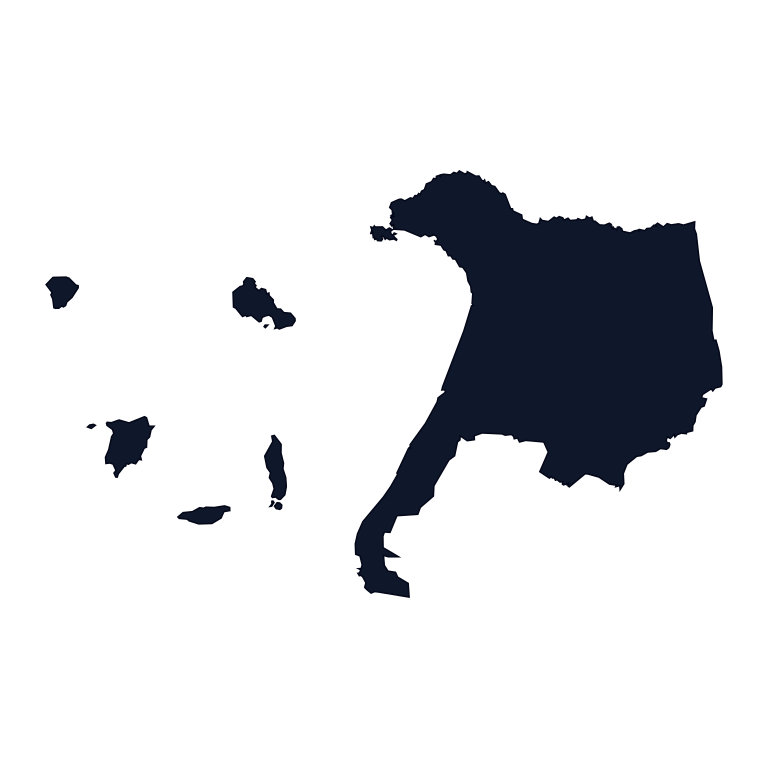 outline of Cagayan, Cagayan, Philippines, rotated 270°
{"feature_id": "2640588B33083527354868", "entity_name": "Cagayan", "entity_type": "district", "adm_level": 2, "iso_a3": "PHL", "parent_name": "Philippines", "parent_adm1": "Cagayan", "projection": "mercator", "projection_center": [121.776, 18.537], "detail": "fine", "context": "isolated", "style": "filled", "palette": "ink", "viewbox_px": 768, "rotation_deg": 270, "n_neighbors": 0, "source": "geoboundaries", "source_scale": "gbopen_adm2", "svg_char_len": 6145}
<svg xmlns="http://www.w3.org/2000/svg" viewBox="0 0 768 768"><g transform="rotate(270 384 384)"><path d="M316.7,655.8L319.5,660.4L318.7,666.5L320.3,668.7L323.4,669.8L325.1,669.2L325.1,667.1L327.9,666.2L331.1,667.4L329.6,670.2L333.6,674.3L330.9,674.9L333.3,677.2L334.8,681.2L334.3,686.4L335.7,686.6L337.2,692.6L342.6,692.8L346.2,695.0L352.7,695.9L360.9,701.1L361.9,704.1L369.0,706.5L370.1,701.5L373.5,702.5L379.2,711.3L377.1,712.8L380.0,715.1L381.4,720.7L383.7,721.9L401.2,721.5L417.1,718.9L427.9,715.9L427.4,713.8L437.2,711.9L460.3,712.3L507.0,699.3L533.9,696.3L539.2,694.4L546.2,694.7L542.9,683.5L544.2,678.6L543.1,671.2L544.4,667.2L541.0,663.4L544.8,657.6L543.3,655.7L541.8,656.1L542.9,654.0L539.8,650.6L539.5,646.8L537.3,644.8L538.6,639.2L537.9,637.9L537.1,638.9L537.0,638.7L537.8,637.6L537.1,634.3L535.0,630.2L536.7,622.5L539.2,621.8L541.1,619.3L540.9,617.4L538.2,616.5L539.7,614.7L539.0,613.3L540.6,613.2L539.7,612.1L541.9,611.9L542.1,610.6L543.6,611.3L544.8,609.3L542.8,604.5L543.1,599.6L546.8,595.1L546.7,593.3L550.9,591.9L549.9,589.5L551.7,586.5L548.9,585.7L547.9,581.6L549.4,577.9L548.1,576.8L547.5,570.2L549.8,568.0L547.9,564.0L550.2,562.7L551.4,559.2L549.7,556.6L550.9,554.1L546.5,548.5L547.5,542.2L549.5,540.3L544.5,538.9L543.7,536.6L544.5,531.7L548.6,522.3L553.0,521.7L557.0,513.0L559.2,512.5L559.3,510.6L573.6,505.1L575.0,502.8L574.2,501.8L575.0,499.4L581.5,494.8L582.3,491.5L586.3,488.5L585.0,485.5L588.0,484.6L587.0,483.8L587.6,481.8L592.0,479.0L591.8,475.7L596.3,467.3L594.8,467.0L594.1,464.6L597.1,459.3L594.6,457.1L595.6,453.8L593.1,450.5L593.8,443.7L593.1,440.3L591.9,440.4L592.7,439.7L591.7,436.4L589.1,436.2L589.6,433.6L586.2,431.6L584.1,426.4L578.3,424.4L576.8,421.5L573.5,420.2L574.5,418.7L572.2,417.1L572.5,415.6L572.2,414.7L569.6,413.2L570.1,410.3L567.1,404.8L568.9,401.3L568.6,398.9L565.3,391.5L560.5,389.7L558.1,392.2L554.8,392.5L554.3,393.9L552.8,393.2L553.4,392.9L552.7,391.4L551.6,393.7L550.8,391.9L551.8,391.3L550.6,390.6L548.0,392.5L544.3,390.1L541.8,392.0L543.1,392.4L543.4,393.7L538.8,393.7L538.1,404.5L531.3,420.8L533.7,425.1L531.4,429.0L532.8,433.1L532.5,431.7L533.4,432.5L533.5,434.0L533.1,433.1L532.5,435.6L529.1,438.0L526.2,436.2L527.7,434.0L525.8,435.6L523.7,435.4L522.9,441.0L518.3,443.8L517.3,446.2L512.3,448.3L512.3,450.8L509.0,452.9L508.9,455.4L501.3,459.7L500.8,462.7L495.1,466.7L487.1,468.0L481.6,470.8L476.1,471.3L474.7,472.8L464.5,472.1L462.7,473.4L462.1,471.5L437.2,463.9L381.5,442.7L378.0,441.8L378.3,444.7L375.8,445.5L370.2,438.1L366.0,437.2L344.6,425.5L323.3,410.1L320.2,410.4L320.9,409.8L319.7,408.5L294.3,396.6L295.7,397.6L293.1,397.4L281.3,390.6L270.9,383.4L246.4,362.9L234.1,357.5L224.1,355.3L213.7,355.7L212.1,360.0L203.1,362.2L199.5,361.2L199.3,358.6L198.2,360.8L195.1,359.5L194.7,357.9L192.3,359.3L192.7,360.8L191.3,362.6L185.3,365.9L180.6,364.7L178.6,366.6L174.9,371.1L176.4,374.6L176.0,378.4L170.9,409.1L184.6,408.2L190.9,397.6L195.7,395.5L196.9,387.9L202.7,384.3L212.6,383.5L211.2,388.3L211.2,398.6L220.3,383.1L231.9,382.9L236.0,384.4L235.6,390.0L252.3,396.9L253.7,417.8L260.6,420.3L271.9,433.4L282.2,433.9L308.0,448.9L312.2,454.6L326.2,457.5L328.0,459.9L332.1,460.2L327.3,467.2L328.3,474.4L332.2,474.2L335.0,482.2L334.1,502.0L332.8,505.1L333.5,511.4L331.6,513.7L329.2,514.2L330.0,517.6L326.0,519.5L327.6,525.8L326.0,543.8L315.9,548.3L296.3,539.8L289.9,549.4L291.6,551.7L290.0,552.4L290.1,554.4L287.8,555.4L288.3,557.2L286.0,559.9L286.2,562.7L283.9,562.4L283.1,563.5L284.6,567.9L283.5,567.3L283.9,568.5L282.2,567.9L281.1,569.3L294.2,585.1L294.0,588.0L290.9,599.0L283.9,609.5L282.8,616.3L281.3,615.7L282.4,619.8L278.3,620.1L284.2,623.8L294.5,623.3L303.7,626.9L311.7,636.7L312.4,641.2L316.0,647.6L316.7,655.8ZM351.3,144.5L345.1,129.1L348.0,119.0L345.3,111.4L345.7,107.2L344.7,106.5L342.6,107.0L338.6,112.5L334.5,113.8L331.4,111.7L318.1,108.7L310.8,105.5L304.5,105.9L305.0,109.9L303.9,113.1L297.5,116.0L295.0,114.0L291.0,115.7L290.8,117.2L294.2,118.3L301.6,124.1L302.0,125.7L304.4,126.3L303.8,128.5L305.4,131.2L304.2,135.6L308.6,138.7L308.2,141.3L312.0,140.4L319.9,144.2L320.8,146.5L328.4,146.8L331.0,149.5L338.0,151.0L341.8,154.1L341.8,149.0L350.3,146.5L351.3,144.5ZM475.8,233.0L460.9,233.5L459.9,235.7L451.5,242.5L452.8,245.6L451.5,246.8L452.7,251.3L446.2,259.1L446.8,261.1L450.6,262.1L452.2,265.8L452.9,268.9L450.8,272.4L441.9,275.9L439.5,274.8L440.2,277.3L439.0,279.3L441.8,286.7L442.4,292.0L447.1,295.1L449.5,295.0L454.8,290.5L455.4,283.8L458.9,280.6L459.0,276.9L465.3,273.2L468.1,273.3L472.3,269.2L475.0,268.9L474.1,266.8L478.4,265.5L479.5,261.4L477.3,259.0L480.6,255.0L482.5,256.0L484.5,254.1L486.3,255.1L489.3,252.7L490.3,246.8L486.3,243.6L483.9,244.0L481.9,242.7L481.5,240.2L475.8,233.0ZM311.9,264.7L300.4,267.0L295.4,270.5L290.3,269.4L285.0,272.8L279.2,274.2L271.7,271.6L270.5,272.4L271.0,275.7L268.6,278.6L268.7,280.5L273.2,284.8L281.3,286.3L290.5,285.7L299.1,282.9L304.8,283.5L315.0,281.0L323.7,281.1L332.6,274.3L331.9,271.8L326.5,272.8L311.9,264.7ZM483.4,46.1L475.4,52.1L473.2,50.9L469.0,52.8L460.2,53.9L459.7,55.5L459.8,58.9L462.0,61.6L461.1,63.4L462.5,65.6L466.0,66.8L470.6,72.0L480.2,78.2L482.4,78.1L482.8,76.0L489.8,69.0L490.9,66.0L490.6,53.0L483.4,46.1ZM251.0,177.9L249.6,179.2L248.9,187.1L247.1,189.3L244.1,198.8L244.5,211.9L250.0,221.1L256.4,223.9L257.4,229.8L260.5,229.7L262.1,224.6L260.5,214.2L260.8,205.8L259.7,203.8L260.3,199.6L256.3,192.4L255.4,183.1L251.0,177.9ZM538.2,392.5L540.0,389.3L537.8,385.9L541.1,382.5L541.0,375.3L542.1,374.3L540.4,373.3L541.0,370.9L537.7,371.9L534.0,370.5L535.8,372.6L530.3,373.3L530.3,374.6L528.6,374.7L529.2,376.7L527.4,377.5L527.2,381.4L529.1,382.6L530.9,381.6L531.8,381.9L531.4,383.7L528.7,385.2L530.0,386.8L528.3,389.4L529.0,393.9L527.7,396.4L528.6,396.8L534.4,390.8L536.8,390.5L538.2,392.5ZM261.8,274.5L259.4,276.2L258.6,279.8L259.8,281.4L262.9,281.8L265.0,279.7L265.3,277.1L261.8,274.5ZM341.0,87.5L339.6,91.3L342.7,95.4L343.7,93.5L343.0,89.7L341.0,87.5ZM261.9,271.7L265.5,274.0L267.0,272.9L266.7,271.8L264.0,272.0L261.6,270.1L261.9,271.7ZM441.4,264.1L440.3,265.4L442.9,267.8L442.9,265.1L441.4,264.1ZM533.7,393.3L533.2,394.5L534.2,396.1L535.0,394.2L533.7,393.3Z" fill="#0f172a" stroke="#020617" stroke-width="1.5"/></g></svg>